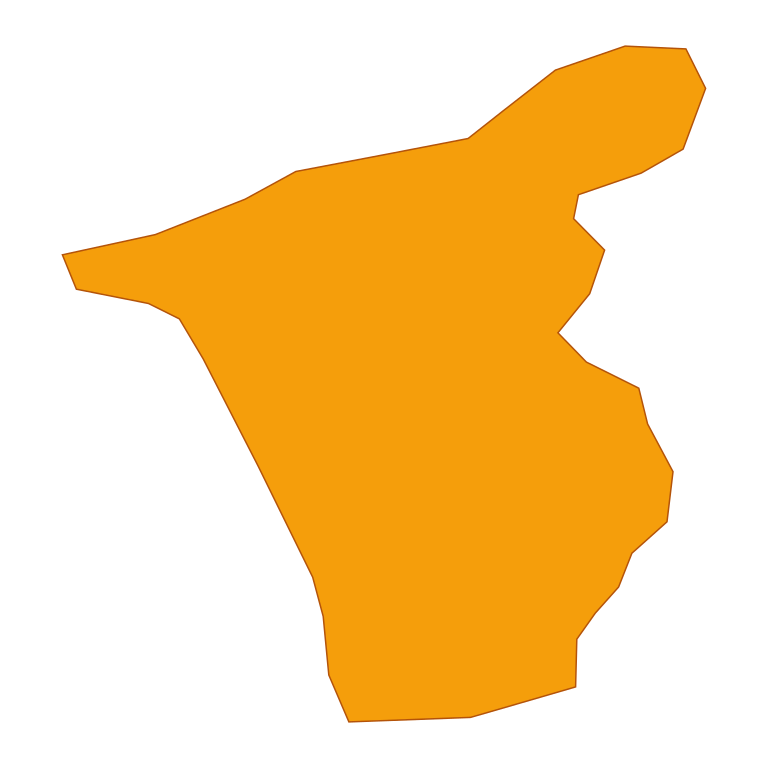 the border of Ermera
{"feature_id": "TLS-549", "entity_name": "Ermera", "entity_type": "District", "adm_level": 1, "iso_a3": "TLS", "parent_name": "East Timor", "parent_adm1": "", "projection": "mercator", "projection_center": [125.395, -8.82], "detail": "fine", "context": "isolated", "style": "filled", "palette": "amber", "viewbox_px": 768, "rotation_deg": 0, "n_neighbors": 0, "source": "natural_earth", "source_scale": "10m", "svg_char_len": 628}
<svg xmlns="http://www.w3.org/2000/svg" viewBox="0 0 768 768"><path d="M625.1,46.1L676.9,48.5L685.9,48.9L705.6,88.4L683.1,149.1L641.2,173.1L578.4,194.7L573.6,218.7L604.6,250.1L589.7,293.7L557.9,332.8L586.4,362.1L638.8,388.2L647.6,424.0L663.7,454.2L673.0,471.7L667.0,521.8L631.9,553.2L618.6,587.0L595.3,613.1L576.8,639.2L575.6,686.9L517.9,703.7L470.5,717.4L348.9,721.9L328.8,675.0L323.2,616.4L312.7,577.2L257.9,465.6L203.2,358.9L179.4,318.9L148.5,303.5L76.4,289.2L62.4,254.8L155.3,234.6L245.1,199.2L295.8,171.5L390.0,153.6L468.1,138.5L502.7,111.2L555.4,70.1L625.1,46.1Z" fill="#f59e0b" stroke="#b45309" stroke-width="1.5"/></svg>